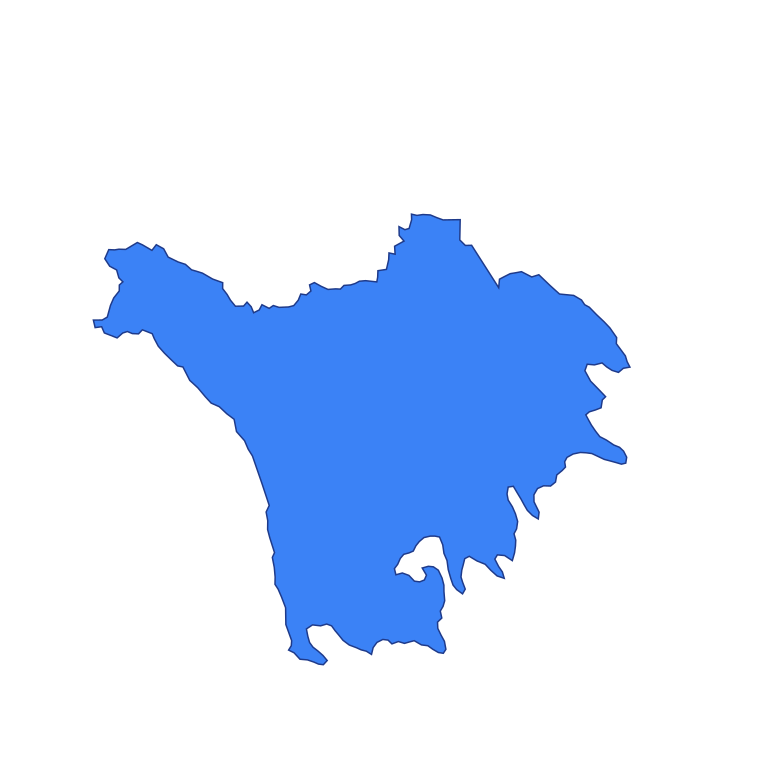 the district of Antônio Olinto, Paraná, Brazil, rotated 328°
{"feature_id": "56859067B14097519009978", "entity_name": "Antônio Olinto", "entity_type": "district", "adm_level": 2, "iso_a3": "BRA", "parent_name": "Brazil", "parent_adm1": "Paraná", "projection": "equal_earth", "projection_center": [-50.135, -25.945], "detail": "fine", "context": "isolated", "style": "filled", "palette": "blue", "viewbox_px": 768, "rotation_deg": 328, "n_neighbors": 0, "source": "geoboundaries", "source_scale": "gbopen_adm2", "svg_char_len": 3975}
<svg xmlns="http://www.w3.org/2000/svg" viewBox="0 0 768 768"><g transform="rotate(328 384 384)"><path d="M565.2,512.2L563.2,502.4L560.7,491.1L561.4,479.2L566.8,474.9L572.6,479.3L580.1,481.7L581.9,487.5L584.6,493.3L589.0,498.4L595.3,497.5L601.5,500.0L602.0,493.9L603.6,488.1L602.4,472.9L605.9,467.9L605.3,456.1L603.6,447.8L601.0,437.8L598.8,427.7L596.2,423.1L596.0,417.4L591.8,409.4L580.5,400.7L577.0,388.4L573.2,373.4L566.0,371.5L560.1,361.6L554.0,359.2L549.5,357.3L542.8,356.7L537.5,356.3L532.3,363.1L531.8,312.8L526.4,309.6L524.6,302.0L535.7,285.0L521.1,276.2L517.0,271.0L512.9,265.2L506.8,260.9L501.3,258.5L497.3,254.5L494.5,259.3L487.7,265.4L483.5,264.2L480.1,258.5L475.6,266.1L476.7,273.4L466.0,272.8L462.2,279.8L457.7,275.5L453.8,281.1L446.8,288.1L438.9,284.7L435.2,290.1L432.0,293.6L423.1,286.6L417.6,283.8L412.9,283.5L408.2,282.3L402.3,279.2L397.3,280.4L393.4,277.7L386.6,274.1L382.5,267.9L378.7,261.1L373.4,260.5L371.3,266.4L365.4,267.3L361.1,263.6L355.7,267.5L349.0,269.7L343.9,268.1L335.6,263.4L331.7,258.8L326.7,259.0L322.5,252.1L317.4,255.1L311.2,254.5L312.3,248.1L311.2,242.0L306.2,243.5L299.2,239.3L298.2,231.6L298.4,224.9L297.7,217.6L300.9,212.6L294.3,204.2L288.8,193.8L284.7,189.0L281.3,185.2L279.0,177.3L274.0,171.3L268.2,162.0L268.8,152.6L264.7,145.2L258.0,147.7L252.9,138.0L249.8,133.3L236.3,133.0L230.6,129.2L226.6,127.5L221.8,124.2L213.6,129.8L213.8,138.8L217.7,145.6L215.4,153.5L216.7,159.0L212.0,159.8L208.8,164.8L200.4,167.8L193.7,172.4L184.8,180.6L178.9,180.4L171.4,175.8L168.9,183.1L174.9,185.8L173.9,192.5L182.1,203.5L189.4,202.3L194.2,203.5L197.3,207.9L202.4,211.4L207.8,210.0L214.1,218.5L213.2,223.9L212.6,232.5L214.2,241.8L216.4,250.8L218.6,259.3L222.5,263.0L221.2,278.0L224.1,288.6L225.7,300.0L227.3,308.6L232.3,316.0L234.9,325.9L238.2,334.5L233.7,346.2L235.7,358.2L234.3,367.3L234.3,375.3L227.8,403.6L222.3,426.2L216.2,430.1L213.0,438.3L208.2,445.7L205.7,453.7L201.8,469.0L197.4,471.9L193.8,481.3L189.4,490.0L185.4,496.1L185.5,501.9L184.2,510.4L182.0,521.6L178.6,527.2L173.3,536.0L169.7,552.7L166.7,556.8L162.1,559.1L165.3,564.3L166.9,572.9L172.9,577.4L177.2,582.7L180.0,586.8L183.8,589.9L189.3,588.4L188.4,581.9L186.5,575.5L184.3,569.5L183.9,563.8L185.7,557.6L188.4,550.6L195.7,550.4L202.1,555.5L208.2,557.2L211.4,561.3L211.8,567.3L212.6,572.8L213.4,579.6L216.2,586.9L221.0,593.2L223.7,597.3L227.4,601.2L230.1,606.7L235.1,601.8L241.1,599.4L247.6,600.0L251.7,603.3L253.0,608.6L259.7,610.0L263.9,614.8L268.8,616.2L273.6,617.7L277.5,625.1L282.5,629.2L284.8,634.8L287.8,640.5L291.6,643.8L295.9,641.8L298.9,634.2L299.3,627.1L300.1,619.8L303.2,614.3L309.0,613.1L311.4,606.4L316.2,603.9L320.6,600.0L324.9,591.7L328.2,586.3L330.4,579.3L331.4,570.7L329.0,565.2L325.0,562.1L318.9,560.3L318.7,568.6L314.4,571.6L309.4,570.7L305.3,567.3L303.7,559.5L299.4,554.0L293.0,552.1L295.0,546.1L300.0,544.2L305.5,540.5L310.5,538.9L315.7,540.5L320.3,541.2L325.3,538.1L330.4,536.3L336.5,535.4L342.6,537.5L346.5,539.9L350.0,543.2L348.6,551.5L345.1,559.4L343.9,567.1L340.1,575.5L337.6,584.2L336.0,591.1L336.7,596.9L339.4,603.6L344.2,601.0L345.6,593.9L347.0,588.5L351.3,583.1L355.7,579.0L359.9,574.9L365.0,575.3L369.2,583.5L374.3,590.5L375.9,598.7L378.2,606.7L383.0,612.5L384.8,606.1L384.5,599.4L385.2,591.2L389.6,589.0L395.4,593.4L399.2,601.8L405.3,596.3L409.6,591.1L413.0,586.2L414.9,579.9L419.7,577.1L424.5,571.4L426.7,563.7L427.8,556.2L427.8,548.2L430.1,542.4L434.7,537.2L439.5,539.3L439.3,547.3L439.2,554.3L438.8,560.9L438.6,567.1L440.2,574.1L443.3,580.2L447.6,574.9L448.8,563.4L452.4,557.4L458.8,554.0L465.4,554.9L471.2,558.8L477.5,558.0L482.3,552.7L489.2,551.8L493.9,550.6L496.0,545.7L500.3,543.2L507.4,543.6L514.2,546.1L518.9,549.4L523.4,553.1L526.9,558.5L530.8,564.6L534.3,568.3L539.0,573.4L542.9,577.8L547.1,579.2L551.0,574.7L551.6,567.9L550.2,562.5L546.5,557.4L542.9,549.4L539.1,543.0L538.4,536.0L538.1,528.7L538.4,522.9L538.8,517.1L543.4,516.4L549.3,518.0L555.5,519.2L560.7,513.2L565.2,512.2Z" fill="#3b82f6" stroke="#1e3a8a" stroke-width="1.5"/></g></svg>